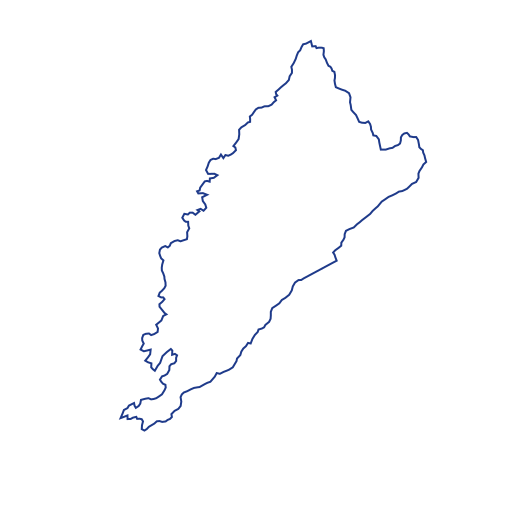 Jandaia, Goiás, Brazil (Equal Earth projection), rotated 34°
{"feature_id": "56859067B45662810904248", "entity_name": "Jandaia", "entity_type": "district", "adm_level": 2, "iso_a3": "BRA", "parent_name": "Brazil", "parent_adm1": "Goiás", "projection": "equal_earth", "projection_center": [-50.192, -17.128], "detail": "fine", "context": "isolated", "style": "outline", "palette": "blue", "viewbox_px": 512, "rotation_deg": 34, "n_neighbors": 0, "source": "geoboundaries", "source_scale": "gbopen_adm2", "svg_char_len": 4729}
<svg xmlns="http://www.w3.org/2000/svg" viewBox="0 0 512 512"><g transform="rotate(34 256 256)"><path d="M271.0,446.0L273.6,443.7L274.4,441.3L275.8,439.2L276.3,436.5L274.3,434.4L275.1,429.9L277.1,426.2L277.4,422.5L275.5,418.5L272.4,415.2L271.9,412.2L272.5,409.5L274.6,406.5L276.6,402.8L278.4,400.0L280.9,397.6L282.5,396.2L285.2,390.8L286.6,388.3L288.5,385.8L289.3,379.1L288.9,375.0L291.9,373.9L294.0,370.1L295.9,367.4L297.2,365.4L299.0,361.3L298.8,357.6L298.6,354.0L297.6,351.6L298.4,346.9L297.3,343.5L297.2,339.8L298.1,336.4L298.0,332.5L300.5,331.5L299.4,326.7L299.2,322.1L299.9,318.1L299.2,315.5L301.4,312.9L302.6,310.6L302.3,307.9L303.7,303.3L303.2,299.9L301.6,297.1L299.5,294.0L298.6,290.1L300.3,286.1L301.8,282.2L302.0,278.0L303.7,274.4L305.2,269.6L304.9,264.5L303.5,260.6L303.2,256.2L304.7,252.2L306.9,250.6L308.1,247.8L323.3,218.9L325.5,214.8L322.4,212.6L320.4,211.0L318.0,210.0L318.5,206.9L319.9,203.1L320.9,199.8L319.3,197.2L319.4,193.6L319.0,191.0L317.3,188.3L316.5,184.8L318.5,181.3L321.1,177.7L322.0,173.2L323.1,170.0L323.9,166.9L325.3,162.8L327.1,157.3L327.5,153.4L328.5,149.3L329.2,146.8L329.8,140.6L331.2,137.2L332.9,132.8L335.0,129.6L337.1,125.9L338.5,122.7L340.9,120.4L342.2,118.3L343.6,115.8L344.3,112.7L345.0,109.0L347.4,105.1L347.1,100.3L344.6,96.9L344.0,94.1L344.0,89.6L343.6,86.5L344.5,82.9L341.4,80.3L339.4,78.4L336.8,76.8L335.2,75.0L332.9,75.0L330.6,74.5L328.8,72.5L325.5,69.2L322.3,67.8L320.2,69.3L316.7,70.8L314.6,69.9L312.3,69.5L310.4,71.5L309.6,73.9L309.8,76.6L311.5,79.3L312.5,82.2L311.7,84.6L309.8,87.0L308.7,90.0L306.6,92.0L304.1,95.2L300.0,98.0L297.5,95.6L294.8,93.0L292.6,90.6L288.6,89.2L285.8,90.4L284.1,88.8L280.7,86.8L279.0,84.6L276.8,82.8L273.8,81.6L272.2,84.6L269.2,86.3L266.5,87.1L263.3,85.1L260.1,83.2L255.7,82.2L253.3,81.5L250.0,77.8L248.0,76.0L245.6,71.6L242.1,69.0L237.5,69.1L234.1,70.1L230.5,70.9L227.8,71.4L225.1,69.0L222.9,66.6L221.9,64.3L220.4,61.9L218.0,59.5L215.7,59.8L213.8,58.3L211.8,57.5L209.8,57.8L206.9,56.2L203.8,54.0L201.5,53.1L199.4,51.5L197.7,48.2L195.9,45.9L194.1,46.5L191.5,48.2L189.9,49.8L188.1,48.7L185.4,50.8L183.3,48.9L181.3,47.1L180.0,49.6L178.7,52.0L176.7,54.1L176.9,57.3L177.6,60.8L177.0,63.5L177.7,67.0L178.7,70.3L179.4,75.0L179.5,79.4L181.7,81.5L183.4,84.1L183.4,88.2L184.8,91.7L184.2,96.1L183.2,99.2L182.3,102.3L181.6,105.4L180.6,109.0L182.1,110.5L184.0,111.1L182.6,114.0L185.6,115.7L184.7,118.6L184.3,121.8L182.5,124.9L179.3,127.2L177.6,129.9L175.1,131.8L173.9,134.6L173.8,137.7L173.8,141.1L172.9,143.8L174.6,145.8L176.1,148.1L174.6,149.8L173.8,153.5L171.9,157.5L171.4,160.8L174.1,164.5L176.2,168.8L176.1,173.2L175.8,177.5L178.2,177.6L180.2,179.5L179.4,183.6L178.4,186.0L176.9,188.4L174.2,189.4L174.2,193.1L170.2,191.5L170.4,195.3L168.4,198.2L166.1,199.3L164.6,201.8L164.7,205.0L165.8,208.8L166.5,212.7L170.4,214.7L175.5,211.1L178.8,210.6L177.3,214.8L174.4,217.5L176.0,220.3L173.4,221.1L171.8,222.8L171.5,230.5L172.6,233.2L171.0,235.3L173.2,236.4L176.8,233.6L181.2,232.6L178.5,237.4L181.2,240.2L185.1,241.6L187.8,243.8L187.2,247.8L183.7,247.9L181.8,250.6L184.1,250.7L182.7,255.7L179.2,255.5L176.9,257.1L176.3,259.7L173.0,261.1L173.5,265.5L176.6,266.8L178.6,266.9L180.6,265.6L182.9,268.7L185.2,270.4L185.6,274.8L188.1,278.1L189.3,280.7L187.1,283.5L185.2,286.0L182.3,286.7L180.1,289.1L178.2,293.0L178.8,295.7L178.1,298.2L175.2,298.5L173.2,301.7L172.8,304.4L174.2,307.7L176.6,309.6L178.7,311.0L181.7,311.4L183.0,315.5L184.4,318.4L186.1,320.7L188.7,322.2L191.5,324.3L192.9,326.1L195.7,328.5L197.7,331.2L198.0,334.0L197.4,337.8L196.7,340.2L197.5,343.7L200.4,343.4L202.3,342.2L204.3,342.9L203.9,346.4L202.9,350.0L204.4,352.0L212.1,354.4L214.3,354.5L212.6,357.6L213.6,362.4L212.7,365.5L211.7,368.8L215.3,370.9L216.9,374.0L215.2,377.7L213.3,380.2L210.6,380.1L208.1,382.2L206.7,384.4L207.5,387.7L209.0,389.7L211.9,391.4L212.1,394.2L212.6,398.1L216.3,397.7L218.7,395.1L221.0,392.5L223.2,396.7L223.1,400.6L222.7,404.7L225.9,404.5L229.3,403.5L231.4,406.9L233.7,407.5L236.3,407.7L235.9,401.9L236.3,398.3L234.5,391.3L235.8,385.5L237.4,380.7L239.5,381.2L241.7,384.8L243.5,382.5L246.1,382.5L246.7,385.1L248.5,387.7L248.3,390.6L246.2,393.1L245.9,395.8L247.9,399.0L248.3,403.4L247.0,406.3L245.4,408.3L245.5,412.2L247.7,413.2L250.4,413.9L252.9,413.4L254.7,415.5L255.2,418.4L255.4,423.3L253.9,427.2L252.8,429.7L251.1,431.8L249.2,433.5L246.4,434.0L244.1,436.2L241.1,439.6L242.6,443.1L242.6,446.0L241.3,449.1L239.0,448.0L237.1,446.1L234.3,451.1L234.5,454.0L232.6,457.5L233.4,460.9L234.4,466.1L236.4,463.3L238.6,460.1L240.7,463.0L243.2,461.2L244.4,458.8L246.7,456.3L248.5,457.5L250.5,456.0L252.5,455.2L254.8,456.3L256.1,460.0L258.1,463.4L261.1,463.1L262.2,460.6L262.7,457.5L265.4,451.8L266.2,448.5L268.3,446.8L271.0,446.0Z" fill="none" stroke="#1e3a8a" stroke-width="2"/></g></svg>